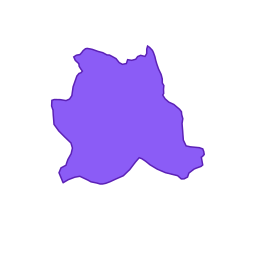 Labe, Labé, Guinea (Robinson projection), rotated 121°
{"feature_id": "49546643B62226026687736", "entity_name": "Labe", "entity_type": "district", "adm_level": 2, "iso_a3": "GIN", "parent_name": "Guinea", "parent_adm1": "Labé", "projection": "robinson", "projection_center": [-12.343, 11.413], "detail": "fine", "context": "isolated", "style": "filled", "palette": "violet", "viewbox_px": 256, "rotation_deg": 121, "n_neighbors": 0, "source": "geoboundaries", "source_scale": "gbopen_adm2", "svg_char_len": 1677}
<svg xmlns="http://www.w3.org/2000/svg" viewBox="0 0 256 256"><g transform="rotate(121 128 128)"><path d="M201.9,164.1L208.3,155.5L208.3,155.4L203.1,152.6L197.6,148.3L194.2,144.4L193.3,135.4L193.2,132.0L191.2,126.3L190.4,123.2L189.1,121.0L186.9,118.6L183.4,115.8L178.2,112.3L171.3,107.4L162.7,105.1L153.5,104.1L147.7,103.1L147.2,100.3L147.4,95.9L148.2,90.2L148.2,81.7L147.0,72.9L143.3,60.9L144.2,56.1L142.7,53.7L139.4,51.7L135.3,52.6L129.3,50.3L127.6,49.1L123.3,45.6L121.2,44.9L115.3,50.1L114.8,49.8L113.3,49.4L112.6,49.1L112.1,49.2L111.3,49.1L109.1,51.0L107.4,53.2L108.1,56.7L112.0,64.8L113.4,69.0L109.9,74.3L104.7,78.0L102.4,79.6L96.3,84.0L91.8,85.8L88.7,89.0L86.5,90.6L85.4,93.5L84.2,100.9L84.8,106.4L83.9,111.2L82.2,114.6L81.8,115.2L80.0,115.2L76.5,117.5L73.2,119.1L71.8,121.7L69.9,122.9L68.3,123.9L65.4,126.8L64.7,127.7L61.7,132.2L58.3,136.3L55.7,139.1L53.0,141.7L50.2,145.1L48.9,147.1L47.8,151.0L47.7,153.4L48.8,153.1L50.7,152.6L54.6,150.3L57.9,150.3L59.2,154.6L61.8,156.5L65.1,156.8L68.1,159.7L69.6,163.5L73.6,162.6L76.3,165.6L76.5,169.2L74.7,174.0L74.8,177.5L75.0,181.4L76.2,183.7L76.4,188.3L77.3,191.5L77.8,193.2L78.5,196.7L79.0,199.1L79.5,200.6L80.8,204.0L82.0,205.3L84.8,206.3L87.1,206.5L89.8,207.0L91.4,208.9L92.3,209.8L95.0,211.1L97.2,208.0L98.2,203.3L100.3,201.6L101.8,198.7L102.7,196.4L104.9,196.8L106.5,198.1L109.8,198.6L120.9,196.3L129.2,192.8L133.3,193.0L136.4,195.2L138.6,200.7L141.6,205.9L143.5,207.5L148.5,204.8L150.9,202.0L151.0,201.7L155.6,198.6L160.3,195.2L163.0,193.3L166.2,185.8L168.2,177.9L170.2,169.2L173.8,165.3L179.3,163.5L185.9,163.3L188.5,162.8L191.9,162.0L196.7,164.9L201.9,164.1Z" fill="#8b5cf6" stroke="#5b21b6" stroke-width="1.5"/></g></svg>